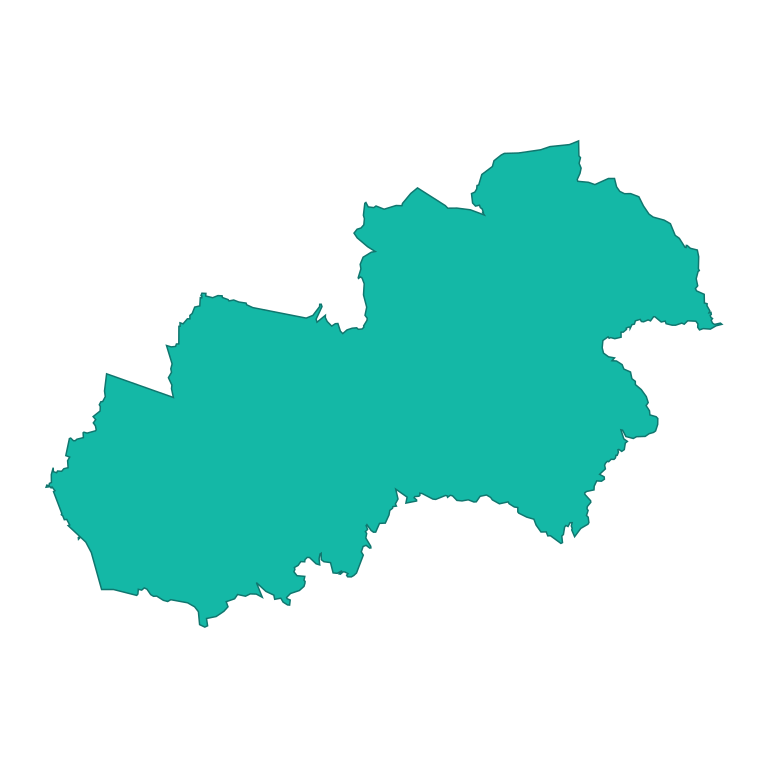 Gómez Farías, Jalisco, Mexico
{"feature_id": "50627088B14900923212728", "entity_name": "Gómez Farías", "entity_type": "district", "adm_level": 2, "iso_a3": "MEX", "parent_name": "Mexico", "parent_adm1": "Jalisco", "projection": "albers", "projection_center": [-103.412, 19.86], "detail": "fine", "context": "isolated", "style": "filled", "palette": "teal", "viewbox_px": 768, "rotation_deg": 0, "n_neighbors": 0, "source": "geoboundaries", "source_scale": "gbopen_adm2", "svg_char_len": 6082}
<svg xmlns="http://www.w3.org/2000/svg" viewBox="0 0 768 768"><path d="M201.9,293.2L201.0,295.6L201.9,295.9L201.7,297.9L200.3,297.7L199.8,305.9L194.7,307.1L192.2,313.5L189.9,315.4L189.9,318.8L187.4,318.8L183.1,323.8L180.0,322.8L180.1,326.2L178.9,326.3L178.8,343.9L176.4,344.0L175.6,346.4L171.2,346.9L166.5,345.5L172.1,363.9L170.8,368.8L171.5,372.3L168.4,377.7L171.9,385.1L171.5,388.7L173.4,397.5L106.6,373.8L104.5,391.0L105.3,396.6L102.7,401.5L100.8,401.8L99.3,404.8L100.3,406.5L100.1,411.0L93.1,416.6L95.7,419.6L93.3,422.9L95.4,425.8L96.2,429.7L95.5,430.8L87.1,433.1L83.9,432.2L83.1,432.8L83.4,437.6L76.9,439.2L75.2,440.7L73.4,440.7L70.7,438.1L69.4,438.6L65.8,455.6L69.7,457.1L67.6,460.7L68.1,467.7L63.9,468.7L61.6,471.3L57.5,471.0L56.6,472.7L53.4,471.7L53.2,467.7L51.3,474.6L51.4,482.5L49.4,483.4L49.1,485.7L46.8,485.1L46.1,487.2L50.0,486.7L51.1,487.9L52.0,487.0L55.0,490.7L53.5,491.6L61.8,513.4L61.3,514.7L62.7,515.7L64.3,519.7L66.7,519.4L69.7,524.9L68.1,525.6L79.9,536.6L78.3,537.6L78.5,539.2L80.5,537.1L85.8,542.1L91.3,552.5L101.6,589.5L113.5,589.5L136.7,595.4L137.9,594.0L138.3,589.3L141.7,590.1L144.3,587.9L147.0,589.2L150.7,594.6L153.5,596.3L156.7,596.1L163.3,600.3L167.7,601.5L170.8,599.7L187.6,602.8L194.6,606.8L198.4,611.7L199.6,624.6L204.8,627.1L207.6,625.8L206.5,618.5L216.2,616.5L223.9,611.3L228.0,606.8L226.2,601.7L234.6,598.8L237.6,594.5L245.5,596.2L250.2,593.9L256.3,594.1L262.3,597.3L256.4,582.6L265.9,591.4L273.8,595.1L274.7,599.3L280.8,598.2L283.1,602.1L287.5,604.9L289.6,605.1L290.2,600.0L287.1,598.7L286.6,597.5L290.5,593.5L299.4,590.5L304.0,586.4L304.9,583.4L305.1,581.4L304.0,580.2L304.8,576.4L297.0,575.7L293.9,571.7L294.9,569.5L294.4,567.5L298.1,565.4L300.8,561.6L304.7,561.8L305.0,559.6L307.2,557.4L309.5,557.5L316.1,563.8L319.7,564.9L319.1,558.8L320.0,554.0L321.2,553.2L321.3,559.7L323.9,561.7L330.5,562.6L333.1,572.9L337.2,573.3L342.0,570.7L339.2,573.9L340.4,574.2L343.2,571.8L344.9,572.0L348.0,573.6L346.6,575.2L347.6,576.8L351.3,576.9L353.8,575.5L356.5,573.0L363.3,555.1L361.3,551.9L363.1,546.5L366.1,545.3L369.7,548.1L370.9,547.9L370.7,546.2L365.8,538.0L366.7,533.5L365.4,531.7L367.6,529.4L366.1,525.6L366.9,524.6L371.1,530.5L373.5,532.2L375.7,532.1L379.5,523.4L385.3,523.1L389.0,515.0L389.8,510.4L392.5,508.3L392.9,506.6L396.4,506.1L395.4,503.9L398.0,499.0L395.7,489.1L407.1,497.1L405.9,503.1L416.6,501.0L416.6,499.9L414.1,497.8L414.8,496.6L418.9,496.2L419.9,495.3L419.8,493.2L422.1,493.5L432.9,499.1L435.7,499.4L445.4,495.5L447.1,495.8L447.6,497.3L450.2,495.3L452.5,495.8L456.9,500.4L462.0,500.9L468.3,499.8L473.9,502.0L476.3,501.8L480.1,496.3L486.5,495.0L490.6,497.4L492.4,499.9L499.4,503.8L508.1,501.9L509.1,503.7L514.3,507.0L517.8,507.5L517.8,511.9L518.7,513.1L526.7,517.1L533.9,519.2L536.1,525.1L541.0,532.0L546.2,531.9L547.8,535.9L550.4,535.7L560.9,543.4L562.5,542.6L561.8,536.1L563.4,534.5L564.6,527.1L565.9,525.5L568.0,526.5L570.0,522.7L572.1,522.7L571.3,526.0L572.2,528.3L571.7,529.9L574.6,536.7L580.8,528.4L588.0,524.2L588.9,522.6L588.2,517.2L586.5,515.5L588.1,510.4L587.0,508.8L587.3,506.6L590.8,502.3L590.6,500.7L584.9,494.4L584.8,492.7L586.8,491.4L594.0,489.9L594.2,486.2L596.7,480.9L601.5,481.2L604.4,479.2L604.2,476.9L599.6,474.3L605.4,468.9L604.6,465.2L605.5,463.2L607.3,461.3L608.7,461.7L611.1,459.3L614.0,459.4L615.4,458.0L616.0,455.3L617.2,455.3L618.4,452.3L617.9,449.8L618.9,449.4L621.7,451.4L624.3,449.6L625.3,443.1L627.4,441.4L623.8,438.9L620.9,429.8L622.6,430.2L625.9,436.5L633.3,438.5L636.5,436.7L645.2,436.4L649.1,433.7L653.6,432.4L655.6,430.9L657.7,424.4L657.8,418.5L656.1,416.7L649.9,414.9L649.5,410.8L646.1,405.6L648.2,402.6L646.3,396.6L641.3,389.6L635.4,384.6L635.3,381.3L631.9,378.7L630.5,372.0L623.9,369.1L622.1,364.6L616.5,361.0L612.0,360.7L614.5,357.9L608.5,356.8L603.5,353.1L602.2,347.8L602.9,340.5L608.1,336.8L609.1,338.2L610.8,337.6L614.8,338.7L621.1,337.2L621.0,332.2L623.3,332.1L626.5,329.4L626.2,328.2L628.2,327.2L630.0,327.0L630.1,328.5L631.9,324.7L634.4,324.1L635.4,320.8L640.2,319.4L641.4,321.5L643.6,321.8L648.1,319.9L650.5,320.9L653.6,316.7L655.0,316.8L661.2,322.0L665.2,321.1L666.1,323.7L672.2,325.2L675.6,325.2L681.8,323.1L684.2,324.2L687.7,320.8L695.8,321.2L697.9,323.9L697.7,327.3L699.5,329.9L703.2,328.6L710.4,329.1L716.1,325.8L721.9,324.3L720.4,323.1L714.6,324.4L712.5,323.1L711.2,320.3L712.5,318.5L710.9,317.5L710.2,315.3L711.3,314.4L711.0,312.4L709.0,312.8L709.9,311.0L707.0,305.8L707.1,303.7L704.4,303.0L704.2,294.3L696.6,290.9L695.4,288.6L697.7,285.8L696.2,278.7L698.1,271.4L699.3,270.6L698.4,268.7L698.7,256.7L697.3,250.0L690.4,248.3L687.2,245.5L686.3,245.4L686.1,247.5L685.0,247.3L679.3,238.3L675.2,235.4L670.4,223.7L664.1,220.1L653.2,217.1L649.0,214.1L643.5,206.0L638.9,196.8L630.6,193.6L624.5,193.7L619.8,191.4L616.6,186.9L614.5,178.5L608.4,178.5L594.9,184.6L588.5,182.3L577.8,181.3L577.2,179.5L580.0,173.4L581.1,168.1L579.1,163.3L580.5,157.7L578.9,155.8L578.6,140.9L569.4,144.6L550.0,146.6L540.6,149.8L518.4,153.0L504.3,153.4L501.2,155.0L494.0,160.7L492.4,166.5L481.8,174.5L478.7,185.0L477.0,185.5L476.7,189.0L474.8,192.1L471.5,193.6L472.6,203.0L475.5,206.1L479.5,205.2L480.3,207.6L482.1,208.9L483.3,212.1L482.6,212.3L484.3,215.0L470.4,209.8L457.0,208.1L447.8,208.2L445.3,205.6L417.5,187.9L410.8,193.4L402.5,203.4L401.9,205.7L396.1,205.5L384.1,209.2L376.0,206.0L373.8,207.6L368.2,206.9L365.9,202.5L364.8,203.3L363.4,215.3L364.4,218.6L363.8,224.8L361.0,228.0L357.1,229.2L354.0,233.1L357.2,237.9L367.6,246.7L375.2,251.5L371.3,252.2L363.1,257.2L360.2,264.3L360.9,268.9L358.2,277.7L358.5,278.4L360.5,276.9L362.1,278.1L364.2,283.8L363.5,294.9L366.7,307.2L365.0,315.3L367.2,318.2L367.0,320.3L363.6,325.9L363.9,327.2L362.0,329.0L358.3,329.3L356.7,327.8L352.2,328.2L347.0,329.9L342.8,333.6L340.4,331.2L337.9,323.5L335.3,323.7L331.7,326.1L327.2,321.5L325.3,317.5L325.4,315.3L317.0,322.2L316.1,319.2L322.0,306.6L321.2,304.2L319.7,304.3L319.6,306.6L312.9,315.4L306.2,318.1L252.8,307.6L246.7,304.8L246.1,303.1L238.8,302.0L233.7,300.0L229.0,300.9L228.1,299.6L222.4,297.5L222.1,295.8L217.9,295.6L212.7,297.7L205.7,296.0L205.9,293.4L201.9,293.2Z" fill="#14b8a6" stroke="#0f766e" stroke-width="1.5"/></svg>